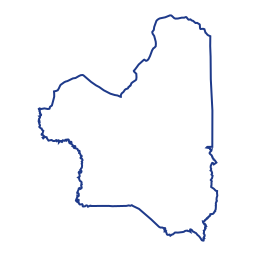 the district of Tan Bien, Tây Ninh, Vietnam
{"feature_id": "81297802B37342354446447", "entity_name": "Tan Bien", "entity_type": "district", "adm_level": 2, "iso_a3": "VNM", "parent_name": "Vietnam", "parent_adm1": "Tây Ninh", "projection": "mercator", "projection_center": [105.982, 11.586], "detail": "fine", "context": "isolated", "style": "outline", "palette": "blue", "viewbox_px": 256, "rotation_deg": 0, "n_neighbors": 0, "source": "geoboundaries", "source_scale": "gbopen_adm2", "svg_char_len": 5774}
<svg xmlns="http://www.w3.org/2000/svg" viewBox="0 0 256 256"><path d="M190.5,231.9L190.1,229.8L190.3,229.4L190.8,229.4L192.0,230.2L193.0,231.6L194.3,232.1L194.9,232.6L195.7,232.9L196.2,233.3L197.7,235.2L198.3,235.5L199.8,237.1L201.8,240.2L203.2,240.3L203.3,240.6L203.6,240.5L203.8,239.1L203.5,238.4L203.9,238.3L203.6,238.0L204.1,237.4L204.1,236.5L204.7,235.9L204.6,234.9L203.7,233.4L204.0,232.3L204.0,231.3L204.1,230.9L203.9,230.6L204.7,230.0L204.7,229.8L205.5,228.5L205.3,228.3L205.4,228.0L205.0,227.9L205.0,227.4L205.4,226.3L206.0,226.2L205.6,225.6L205.8,225.2L205.3,224.4L205.2,224.3L205.0,224.6L204.9,224.3L204.6,224.5L204.4,224.4L204.1,224.0L203.7,223.1L203.1,222.6L202.9,221.4L203.6,221.5L204.2,221.2L204.9,220.6L205.1,220.0L205.6,219.9L206.0,219.2L206.6,218.9L206.8,218.4L207.2,218.6L207.9,217.9L208.1,217.6L208.2,217.0L209.1,216.6L209.3,216.0L209.6,215.8L209.8,216.0L209.9,215.9L210.2,214.5L210.8,214.5L211.0,214.4L210.9,214.1L212.8,213.9L213.7,213.2L214.0,212.3L214.6,211.9L214.8,211.2L215.2,211.1L215.2,210.5L215.7,209.3L215.9,206.5L215.7,205.8L216.0,205.1L215.8,203.7L215.9,202.9L216.3,202.1L216.4,201.3L216.9,200.9L216.5,199.5L216.7,197.6L217.3,195.7L217.0,192.9L217.1,191.0L215.7,190.7L213.9,188.8L211.2,187.0L211.2,185.9L211.5,185.2L211.5,183.9L211.5,182.0L211.8,181.2L210.8,180.0L212.0,178.3L212.6,175.7L211.5,174.6L212.1,173.3L212.1,172.9L211.5,171.1L210.6,170.5L211.0,169.8L211.2,168.8L210.7,167.7L210.7,166.1L211.9,163.3L212.3,162.9L212.9,163.0L213.8,164.4L216.4,162.6L214.9,160.4L213.5,159.5L213.6,158.9L212.6,157.9L212.6,157.2L212.1,156.8L211.8,155.5L210.0,153.9L209.6,153.3L209.6,152.9L210.3,151.8L211.4,150.7L211.6,149.6L211.1,149.9L210.7,149.8L210.1,149.4L210.1,148.8L209.3,148.1L206.6,147.6L207.3,146.9L212.3,146.8L212.4,110.6L210.8,79.2L210.6,56.7L210.2,46.1L210.3,36.2L208.2,35.3L207.2,34.5L206.1,33.1L205.5,32.7L204.4,29.2L203.1,28.8L200.6,29.0L200.2,28.7L200.0,28.0L199.8,24.8L199.5,24.3L197.2,22.9L195.5,23.0L193.1,20.9L191.6,20.4L190.5,19.4L188.8,19.7L188.2,19.4L186.4,17.2L185.7,17.1L184.1,17.7L181.6,17.7L178.0,18.5L175.5,18.6L174.3,18.2L171.6,15.7L171.0,15.4L169.9,15.4L165.2,17.3L159.8,18.4L158.4,19.1L157.1,20.1L156.4,20.9L154.2,27.0L153.8,29.9L152.3,31.9L152.3,32.5L152.7,33.8L154.2,36.0L155.7,41.6L155.9,43.8L155.7,46.3L154.5,47.6L153.3,48.4L152.1,50.4L150.0,56.1L148.5,59.1L147.4,60.3L146.2,60.8L145.7,60.7L144.4,59.7L143.9,59.8L138.7,64.5L135.4,69.0L133.8,70.9L134.0,71.5L136.3,73.8L136.5,77.3L136.2,79.6L135.5,80.3L132.5,82.3L131.3,83.4L130.6,85.5L130.0,86.0L129.7,85.9L129.1,86.8L128.5,87.0L128.0,88.2L127.7,88.5L125.9,89.1L124.9,89.8L123.4,92.0L121.8,93.3L121.2,94.2L120.8,95.4L120.9,96.8L120.5,96.8L117.6,95.5L114.7,95.0L110.4,93.7L103.8,90.3L99.3,87.1L96.1,85.4L91.2,82.0L83.4,75.3L82.5,75.0L80.7,75.2L78.8,76.1L75.5,78.0L72.9,78.4L67.4,81.1L65.8,81.5L64.3,82.2L60.7,84.8L60.2,85.5L58.8,88.5L57.7,90.3L55.9,91.0L54.0,91.4L54.2,93.9L54.2,96.7L53.6,99.1L51.9,105.5L50.3,106.6L49.9,107.1L49.6,108.6L49.3,108.8L47.8,109.0L44.4,108.4L41.1,109.0L39.6,108.4L38.8,108.9L39.0,109.6L39.3,109.8L39.8,110.5L39.8,111.0L39.5,111.3L40.1,112.5L39.8,113.3L40.1,113.8L40.2,114.2L40.8,114.2L41.1,114.8L41.0,115.2L40.4,115.5L40.2,116.1L39.4,116.3L40.0,116.9L40.0,117.4L39.7,118.0L39.1,118.6L39.1,119.4L38.8,120.0L39.3,120.3L39.4,120.7L38.7,121.5L38.8,121.8L39.5,121.8L39.7,122.1L39.6,122.5L39.1,122.9L39.5,124.5L39.9,124.9L40.0,125.7L39.3,126.8L39.4,127.1L40.9,128.4L41.6,128.5L42.2,130.0L43.3,130.8L42.4,134.0L42.0,134.3L41.7,134.2L41.6,134.5L41.7,134.8L42.7,134.8L43.7,135.8L43.8,136.3L43.4,136.8L43.3,137.3L42.7,137.6L43.2,138.3L43.5,138.0L43.7,137.5L44.3,137.4L44.5,136.9L44.8,136.7L45.4,137.1L46.6,137.2L47.0,138.4L48.5,140.6L51.5,140.0L52.0,140.2L52.5,140.7L53.5,141.0L54.4,141.0L55.2,140.8L56.0,140.2L56.4,140.1L56.7,140.3L56.7,140.6L56.3,141.9L57.6,140.6L58.6,140.3L59.1,140.7L59.0,142.3L59.8,141.4L60.5,141.0L61.0,141.0L61.3,141.7L62.0,142.0L62.2,141.8L62.5,140.6L62.8,140.3L64.5,140.8L65.4,140.6L65.1,140.3L65.4,139.8L66.3,139.7L66.7,140.4L67.4,139.5L68.4,139.5L68.9,140.1L68.9,141.7L69.2,142.2L69.7,141.9L70.4,142.0L70.8,141.7L71.3,141.9L71.5,142.5L71.4,143.1L70.5,143.6L71.8,144.2L72.3,144.6L72.8,145.3L72.8,145.7L72.6,146.0L73.7,146.2L74.8,146.0L75.2,146.2L75.3,146.6L75.1,147.1L74.5,147.7L73.9,147.7L74.1,148.0L76.1,148.4L77.1,148.8L77.7,149.4L78.1,150.6L79.3,150.8L79.6,151.1L79.6,151.6L79.1,152.5L79.1,153.0L79.9,153.2L80.8,155.6L81.5,155.7L81.7,156.1L81.6,156.7L80.9,157.2L80.5,157.9L80.8,158.3L82.1,159.0L82.4,159.6L82.5,160.4L81.7,161.6L82.2,162.6L82.1,163.2L81.7,163.7L82.1,165.1L81.9,167.3L81.6,168.0L81.0,168.5L80.7,169.5L80.3,169.9L81.3,170.8L81.5,171.2L81.4,171.9L81.0,172.6L80.7,172.7L80.0,172.3L79.8,171.6L79.2,171.7L78.9,172.0L78.7,172.7L79.3,173.6L79.7,176.2L79.4,176.7L78.2,177.5L79.1,178.1L79.3,179.6L80.1,181.0L81.0,181.5L81.5,182.1L81.6,182.7L81.4,183.3L81.8,184.4L81.1,185.1L81.7,187.7L81.4,188.3L80.2,189.0L79.6,188.8L79.5,188.1L78.8,188.4L78.4,190.1L77.2,192.6L77.4,193.5L78.4,193.3L78.7,193.7L78.8,195.8L78.3,196.3L77.3,196.0L77.3,197.0L75.9,200.4L76.1,200.9L77.0,201.7L77.5,199.9L77.8,199.6L78.6,199.8L78.7,200.3L78.5,201.2L78.5,201.9L79.1,203.8L79.9,204.5L82.2,204.2L82.6,204.8L82.7,206.1L83.1,206.5L85.0,206.3L86.0,205.5L86.7,205.4L87.4,205.7L88.0,206.7L90.1,205.7L90.7,205.7L90.9,206.0L108.6,205.9L112.3,206.2L126.4,205.9L128.8,205.4L130.3,205.8L131.8,205.2L132.8,205.9L139.0,208.9L151.2,219.4L159.0,226.8L160.3,227.5L162.2,227.5L162.7,227.8L165.1,228.2L165.3,229.0L164.3,229.6L164.4,229.9L165.4,230.5L164.8,230.8L164.9,231.1L164.7,231.5L166.0,231.6L166.9,234.3L167.3,234.7L168.0,234.9L169.6,234.6L170.3,235.7L172.1,234.5L172.8,234.4L175.1,232.5L178.0,232.6L182.3,232.1L183.8,231.8L185.0,231.0L185.7,230.8L187.3,230.6L188.0,231.1L189.4,231.2L190.5,231.9Z" fill="none" stroke="#1e3a8a" stroke-width="2"/></svg>